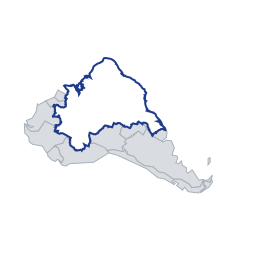 Brazil on a map of South America (Natural Earth projection), rotated 291°
{"feature_id": "BRA", "entity_name": "Brazil", "entity_type": "country or territory", "adm_level": 0, "iso_a3": "BRA", "parent_name": "South America", "parent_adm1": "", "projection": "natural_earth1", "projection_center": [-55.283, -14.242], "detail": "fine", "context": "in_parent", "style": "outline", "palette": "blue", "viewbox_px": 256, "rotation_deg": 291, "n_neighbors": 12, "source": "natural_earth", "source_scale": "50m", "svg_char_len": 9135}
<svg xmlns="http://www.w3.org/2000/svg" viewBox="0 0 256 256"><g transform="rotate(291 128 128)"><path d="M106.2,218.1L108.4,221.4L114.3,223.8L106.7,224.2L106.2,218.1ZM129.5,153.6L127.5,165.9L130.5,168.4L131.6,173.1L125.9,178.4L118.7,178.7L119.3,184.1L117.9,185.1L112.5,185.2L112.9,188.1L116.4,189.5L112.6,192.2L111.9,196.6L108.1,198.1L107.5,200.3L112.0,202.9L104.8,212.8L107.2,217.3L99.0,216.3L95.1,208.8L97.3,205.8L99.1,195.9L96.5,188.7L99.0,177.9L98.0,172.4L100.7,165.2L98.7,157.0L100.5,148.5L103.6,143.9L103.1,137.0L105.7,135.5L108.2,129.1L112.9,132.0L113.8,129.6L116.6,129.7L121.5,135.1L129.0,138.9L127.0,144.6L134.1,145.4L137.9,140.0L139.1,144.0L129.5,153.6Z" fill="#d9dde1" stroke="#a8b0b8" stroke-width="1"/><path d="M106.2,218.1L106.7,224.2L110.2,224.3L107.8,226.3L101.7,224.7L93.3,218.6L101.2,222.1L102.8,218.9L106.2,218.1ZM99.8,116.7L102.7,122.1L104.4,132.2L106.5,132.5L103.1,137.0L103.6,143.9L100.5,148.5L98.7,157.0L100.7,165.2L98.0,172.4L99.0,177.9L96.5,188.7L99.1,195.9L97.3,205.8L95.1,208.8L99.0,216.3L106.3,217.1L101.5,218.8L100.5,221.5L92.5,217.0L90.1,207.0L93.0,202.1L89.5,201.2L91.8,194.0L94.4,195.0L95.2,189.0L93.6,188.3L93.2,191.9L91.7,191.4L93.5,180.0L92.3,173.9L96.6,160.1L98.8,127.9L97.9,119.0L99.8,116.7Z" fill="#d9dde1" stroke="#a8b0b8" stroke-width="1"/><path d="M122.3,215.9L128.0,213.8L129.7,215.1L126.2,216.9L122.3,215.9Z" fill="#d9dde1" stroke="#a8b0b8" stroke-width="1"/><path d="M129.5,153.6L138.7,159.0L140.0,161.0L138.6,165.8L132.9,167.2L127.7,164.4L129.5,153.6Z" fill="#d9dde1" stroke="#a8b0b8" stroke-width="1"/><path d="M99.6,97.5L110.0,94.0L109.9,99.2L122.1,105.7L123.0,112.9L127.8,113.0L129.6,118.5L128.8,123.7L125.7,121.9L119.1,122.7L117.0,130.4L113.8,129.6L112.9,132.0L108.2,129.1L104.4,132.2L102.7,122.1L99.8,116.7L101.8,102.1L99.6,97.5Z" fill="#d9dde1" stroke="#a8b0b8" stroke-width="1"/><path d="M98.5,78.1L91.0,81.0L88.3,87.5L90.3,93.1L92.9,94.8L97.2,93.2L97.0,97.6L99.6,97.5L101.8,102.1L101.3,113.6L97.9,119.0L83.7,108.2L73.9,86.5L70.1,83.5L69.7,79.4L72.4,75.5L72.1,78.5L76.6,78.9L78.6,74.4L84.3,70.2L85.4,65.8L90.5,72.4L98.1,73.6L96.5,76.5L98.5,78.1Z" fill="#d9dde1" stroke="#a8b0b8" stroke-width="1"/><path d="M106.0,62.0L104.4,59.8L98.7,60.7L100.2,62.8L98.2,64.1L99.7,68.9L98.5,78.1L96.5,76.5L98.1,73.6L90.5,72.4L85.4,65.8L79.6,64.5L75.7,60.8L80.4,54.5L78.6,44.7L79.6,40.9L84.2,38.3L86.2,33.5L95.0,29.7L90.1,39.1L93.4,45.4L104.9,48.0L103.7,57.5L106.0,62.0Z" fill="#d9dde1" stroke="#a8b0b8" stroke-width="1"/><path d="M121.5,50.6L115.5,54.7L111.2,53.9L112.6,58.4L114.8,59.3L107.4,63.6L103.7,57.5L104.9,48.0L93.4,45.4L90.1,39.1L91.1,35.3L93.5,32.0L95.1,31.5L93.2,37.0L95.2,39.2L94.9,33.8L98.6,30.4L102.9,35.0L111.1,36.4L118.7,34.6L116.5,35.4L123.9,41.4L119.8,48.4L121.5,50.6Z" fill="#d9dde1" stroke="#a8b0b8" stroke-width="1"/><path d="M132.0,60.2L126.9,62.0L124.2,60.5L123.3,51.1L119.8,48.4L123.9,41.4L130.4,48.3L128.2,53.9L132.0,60.2Z" fill="#d9dde1" stroke="#a8b0b8" stroke-width="1"/><path d="M137.0,59.0L132.0,60.2L129.3,56.0L128.2,53.9L130.4,48.3L138.4,49.0L137.0,59.0Z" fill="#d9dde1" stroke="#a8b0b8" stroke-width="1"/><path d="M84.7,66.1L84.3,70.2L78.6,74.4L76.6,78.9L72.1,78.5L73.7,73.4L70.7,72.2L70.8,68.7L72.9,63.4L76.0,61.7L84.7,66.1Z" fill="#d9dde1" stroke="#a8b0b8" stroke-width="1"/><path d="M128.0,124.3L128.6,129.9L133.9,130.7L134.8,135.3L137.5,135.5L136.3,143.1L134.1,145.4L127.0,144.6L129.0,138.9L117.0,130.4L119.1,122.7L125.7,121.9L128.0,124.3Z" fill="#d9dde1" stroke="#a8b0b8" stroke-width="1"/><path d="M106.0,62.1L107.4,63.4L108.1,63.4L109.0,62.8L109.4,63.2L109.4,63.7L109.6,63.7L110.5,62.5L112.7,61.2L113.2,60.1L114.7,59.4L114.8,58.7L113.1,58.4L113.2,57.9L112.7,56.4L112.7,55.3L111.6,54.0L111.3,53.3L111.8,53.7L112.8,53.7L113.2,54.3L114.9,54.2L115.9,55.2L116.1,55.2L116.4,55.0L116.5,54.0L117.3,53.6L117.9,53.8L118.7,53.5L120.1,52.6L120.8,52.5L121.7,51.5L121.4,50.6L121.7,50.5L122.9,50.5L123.3,50.9L122.9,52.5L124.0,53.0L123.9,53.4L124.4,54.3L123.7,55.3L123.7,56.0L123.3,57.9L123.6,58.8L123.9,59.1L123.9,60.2L124.1,60.6L125.2,61.7L126.1,62.2L127.0,61.9L127.0,61.5L127.4,61.1L128.2,61.3L128.3,60.9L129.3,60.7L129.9,60.0L130.5,59.8L131.2,60.2L132.1,60.0L133.4,60.3L133.5,59.8L133.0,59.1L133.4,58.4L134.0,58.7L135.9,58.1L136.7,58.9L138.0,59.5L138.9,58.8L139.6,59.1L140.0,58.9L140.3,59.3L140.9,59.3L141.7,58.6L142.5,56.4L144.5,53.2L145.3,53.8L146.6,59.5L146.8,59.6L147.2,60.4L148.5,60.9L148.6,62.3L147.6,63.2L146.5,65.0L145.1,65.9L144.1,67.9L144.0,68.6L143.5,69.1L143.4,69.6L142.8,69.6L141.7,70.2L142.9,70.4L143.5,70.3L146.1,68.4L146.3,68.7L146.1,68.9L146.6,70.8L147.3,71.5L148.4,71.0L149.1,71.3L150.1,70.7L149.3,73.4L149.7,72.9L150.3,71.2L150.9,71.0L151.6,70.0L152.2,70.4L152.5,70.0L152.2,69.7L152.2,69.0L153.1,67.8L154.5,67.6L154.8,67.9L154.8,67.5L155.2,67.5L156.4,67.9L156.8,68.5L157.8,68.7L159.3,69.6L159.7,69.6L160.1,70.7L160.7,69.9L161.6,70.7L161.5,70.9L161.8,70.7L162.1,71.6L161.5,72.2L161.7,72.6L162.3,72.0L162.4,72.5L162.1,72.6L161.9,73.1L161.6,75.0L162.3,74.2L162.8,72.8L163.1,72.9L162.9,73.8L163.6,73.2L164.8,72.9L165.0,72.6L166.1,72.8L167.8,73.8L168.7,73.6L169.7,74.1L172.2,73.8L173.5,74.0L177.2,76.5L178.3,77.9L179.4,79.0L180.2,79.3L180.5,79.9L181.9,80.5L183.5,80.3L184.5,80.6L185.3,81.8L186.3,86.8L186.2,88.8L185.9,90.1L185.4,91.6L184.3,93.4L183.9,93.8L183.5,93.8L183.5,94.2L182.2,96.1L180.9,97.1L179.8,98.8L179.8,98.3L178.9,100.8L177.5,103.0L176.9,103.3L176.8,102.7L176.4,102.3L176.0,102.8L176.2,103.1L176.0,103.8L175.5,104.5L175.4,105.1L175.6,105.2L175.5,106.4L175.5,106.6L175.7,106.4L175.4,108.2L175.8,111.7L174.9,115.6L175.0,117.1L173.7,118.7L173.3,122.5L172.7,123.0L171.7,125.5L170.7,126.4L170.3,127.4L170.0,128.2L170.1,129.6L168.4,130.5L167.7,131.3L167.8,131.9L167.5,132.4L165.3,132.4L164.8,131.7L164.6,131.9L164.6,132.5L162.9,132.8L162.8,132.7L163.5,132.6L163.0,132.3L161.1,132.7L161.0,133.1L161.3,133.3L159.4,134.3L159.1,134.9L157.8,134.9L155.6,136.2L152.9,138.5L153.1,138.6L153.0,138.9L152.3,139.6L152.4,139.3L151.8,139.2L151.7,139.7L151.0,139.5L151.1,139.8L151.8,140.1L151.5,140.8L151.2,140.8L151.4,141.1L151.3,141.8L151.0,142.1L151.2,142.5L151.1,143.4L151.4,144.8L151.2,145.9L151.2,147.4L150.7,148.8L149.6,149.7L148.4,151.1L147.1,154.2L145.5,156.7L142.8,159.2L142.8,158.3L143.2,158.4L143.7,158.2L144.7,157.3L145.0,156.3L145.4,156.2L145.5,155.6L146.1,155.0L146.1,154.2L146.4,154.3L146.4,153.7L145.3,154.1L144.7,153.1L144.7,153.7L145.0,154.1L144.7,155.2L144.1,156.2L143.0,157.0L142.5,158.5L142.6,159.3L141.4,162.2L139.6,163.9L139.3,163.7L139.3,162.3L140.2,161.0L139.1,160.0L138.7,159.0L137.6,158.4L136.8,157.3L135.4,156.7L134.3,155.5L133.9,156.0L133.4,156.1L133.3,155.3L131.4,153.3L130.7,153.4L130.5,153.8L129.5,153.5L131.1,151.8L133.6,148.2L134.1,148.3L134.0,147.7L135.6,146.8L136.2,145.8L137.4,145.5L138.6,144.6L138.9,143.9L139.0,142.0L138.5,140.3L138.2,140.1L136.7,140.1L137.2,138.7L137.5,135.8L137.7,135.6L136.7,134.9L135.3,135.5L134.8,135.3L134.2,132.2L134.3,131.6L133.8,130.7L132.8,130.4L132.3,129.8L131.8,130.3L131.1,130.4L128.8,130.0L128.5,129.8L128.9,126.7L128.0,124.3L128.8,123.7L128.1,123.0L129.1,121.0L128.9,120.6L129.7,118.6L128.8,116.5L128.4,116.5L127.4,115.7L127.2,114.2L127.5,113.0L123.0,112.9L122.8,110.6L122.0,109.5L122.7,109.5L122.7,108.1L122.2,106.9L122.4,106.4L122.1,105.7L120.7,104.8L118.9,104.9L118.1,103.9L116.5,103.4L115.7,102.4L115.0,102.5L114.2,101.9L113.6,102.0L112.4,101.8L112.1,101.2L110.9,100.4L110.7,99.8L110.4,99.8L109.9,98.3L110.1,97.7L109.8,96.2L110.1,95.1L109.9,93.9L106.9,94.4L104.8,95.8L104.1,96.7L103.2,96.7L102.6,97.5L101.9,97.9L100.3,97.5L98.5,97.4L97.6,97.8L97.1,97.4L96.8,97.6L96.8,94.2L97.0,93.1L95.3,94.6L92.9,94.7L92.9,94.2L92.4,93.3L90.3,93.0L90.9,92.1L90.9,91.8L89.5,89.9L88.9,88.7L89.0,88.3L88.3,87.6L88.4,87.1L89.0,86.9L88.8,86.2L88.9,85.7L90.4,84.4L90.2,83.4L90.8,82.0L91.0,80.5L93.6,78.7L95.8,78.3L96.2,77.8L97.2,77.7L97.6,78.1L98.3,78.1L99.7,69.1L99.2,67.9L99.1,67.1L98.0,66.1L98.1,64.0L99.5,63.6L100.3,63.8L100.3,63.2L99.9,62.6L98.6,62.6L98.6,60.7L99.4,60.5L102.8,60.7L102.6,60.3L102.7,59.9L103.4,60.6L104.7,59.5L105.4,60.7L105.5,62.2L106.0,62.1ZM149.3,66.3L150.6,66.1L152.4,66.5L151.9,68.3L151.3,69.2L151.3,69.7L150.8,70.1L150.4,69.8L150.3,70.3L149.6,70.1L149.4,70.6L148.8,70.9L148.2,70.6L147.1,70.9L146.5,69.3L146.5,68.9L146.9,68.9L146.6,68.8L146.4,68.3L146.7,66.5L147.7,66.0L149.3,66.3ZM145.2,68.6L143.5,69.9L144.1,68.8L144.2,68.1L144.5,67.6L145.2,67.2L145.5,67.6L145.2,68.6ZM147.7,65.0L149.1,65.0L148.6,65.7L147.5,65.5L147.7,65.0ZM147.5,64.9L147.2,65.7L146.8,65.5L147.4,64.0L147.5,64.9ZM149.8,66.0L149.1,66.1L148.8,65.9L149.6,65.4L149.9,65.7L149.8,66.0ZM146.7,66.1L146.0,66.6L145.8,66.3L145.9,66.0L146.3,65.8L146.7,65.8L146.7,66.1ZM148.0,64.5L147.7,64.6L147.7,64.2L148.2,63.8L148.0,64.5ZM147.6,60.0L147.2,60.1L147.1,59.5L147.5,59.5L147.6,60.0ZM151.7,145.4L151.4,146.6L151.4,145.9L151.7,145.4ZM159.5,134.7L159.6,135.3L159.1,135.2L159.5,134.7ZM151.4,142.5L151.2,142.1L151.5,141.8L151.4,142.5ZM162.1,74.2L161.9,74.5L162.0,73.7L162.1,74.2ZM176.6,103.4L176.2,103.6L176.5,103.1L176.6,103.4ZM162.4,133.0L161.9,133.2L162.1,132.8L162.4,133.0ZM175.8,104.6L175.7,104.9L175.6,104.7L175.8,104.6ZM161.2,69.5L160.8,69.7L161.0,69.3L161.2,69.5Z" fill="none" stroke="#1e3a8a" stroke-width="2"/></g></svg>